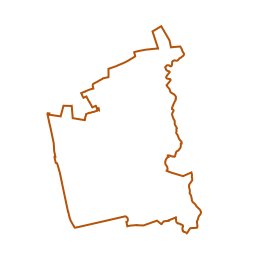 outline of Balotesti, Ilfov, Romania, rotated 96°
{"feature_id": "2599482B37621113883018", "entity_name": "Balotesti", "entity_type": "district", "adm_level": 2, "iso_a3": "ROU", "parent_name": "Romania", "parent_adm1": "Ilfov", "projection": "albers", "projection_center": [26.074, 44.622], "detail": "fine", "context": "isolated", "style": "outline", "palette": "amber", "viewbox_px": 256, "rotation_deg": 96, "n_neighbors": 0, "source": "geoboundaries", "source_scale": "gbopen_adm2", "svg_char_len": 5445}
<svg xmlns="http://www.w3.org/2000/svg" viewBox="0 0 256 256"><g transform="rotate(96 128 128)"><path d="M232.7,170.5L232.6,170.0L231.5,166.5L216.1,121.4L216.7,120.1L217.4,119.2L218.8,118.6L219.5,118.5L220.2,118.6L221.3,119.0L221.6,119.4L221.7,119.8L222.1,119.7L222.3,119.5L225.8,118.4L225.0,116.2L223.6,109.2L223.8,109.2L223.3,102.4L217.1,89.5L220.1,84.9L219.9,84.5L219.6,84.2L219.0,84.0L217.2,82.8L216.7,81.1L216.4,79.9L216.4,79.2L216.2,78.5L216.0,77.7L215.5,77.9L215.2,77.2L214.9,76.6L213.2,73.4L212.2,71.4L211.9,71.1L212.0,71.0L212.0,70.9L212.6,71.0L213.4,70.8L214.3,70.7L216.0,70.2L216.9,69.8L217.2,69.3L217.3,68.7L217.5,68.3L217.7,68.2L217.6,67.9L217.8,66.8L218.1,65.8L218.4,65.6L218.5,65.4L218.5,65.2L218.4,65.1L218.4,64.9L218.6,64.2L219.0,63.4L219.7,63.0L220.1,63.0L220.9,63.1L221.1,63.4L221.8,63.4L222.1,63.3L222.6,63.4L223.7,63.1L224.1,62.6L224.3,62.5L224.7,62.7L225.1,62.1L225.6,61.3L225.5,60.7L226.0,59.2L226.0,58.8L226.1,58.4L226.3,58.3L225.9,58.0L221.5,55.9L221.2,55.5L221.0,54.7L220.9,54.2L220.7,54.0L220.7,53.9L220.7,52.8L220.5,52.0L220.5,51.4L220.1,50.0L220.1,49.6L220.0,49.0L219.7,48.8L219.0,48.8L218.8,48.8L218.5,48.7L218.1,48.7L214.9,49.5L214.0,49.7L213.5,49.6L211.6,48.9L210.9,48.8L210.6,48.8L209.3,48.6L208.1,48.2L206.9,47.4L206.3,47.0L205.4,46.7L204.4,46.6L203.8,46.6L202.9,47.2L202.1,47.6L201.2,48.5L200.5,49.5L198.6,51.8L197.5,52.6L196.6,53.5L195.7,54.7L195.3,55.3L194.7,56.0L194.2,56.4L193.5,56.8L193.2,56.9L192.3,57.1L191.5,57.3L189.3,58.0L187.9,58.7L186.5,59.9L184.9,59.8L184.2,59.9L182.5,60.3L181.8,60.6L181.1,60.9L180.4,61.1L179.7,61.2L178.8,61.3L178.0,61.2L177.1,60.8L176.0,60.1L175.0,59.6L173.4,58.7L172.7,58.7L171.4,58.9L170.1,59.4L168.7,59.5L168.2,59.4L167.2,59.7L165.6,60.3L169.7,67.5L170.1,68.3L168.5,76.8L168.3,77.6L168.1,79.2L167.3,82.3L167.1,83.2L166.9,83.4L166.8,84.3L166.7,84.4L166.5,85.1L165.8,84.8L165.0,84.4L164.2,84.4L162.8,84.9L162.5,85.0L160.4,86.7L160.1,86.9L159.3,87.2L158.0,87.5L157.3,87.4L155.5,87.0L154.0,86.3L153.0,85.6L152.7,84.8L151.2,85.6L151.0,85.1L151.1,84.5L151.0,83.7L151.3,82.8L151.7,80.9L151.6,80.6L151.6,80.1L151.8,79.2L151.8,78.9L151.6,78.6L151.0,78.3L149.7,78.1L149.0,78.0L148.6,77.8L147.8,77.8L147.6,77.8L146.6,77.4L146.1,77.1L145.9,76.8L145.4,75.9L145.2,75.8L144.7,75.3L142.0,73.7L141.5,73.7L140.1,73.6L138.0,73.9L137.8,73.0L137.1,73.1L136.2,73.3L135.9,73.5L134.7,74.9L134.0,75.6L133.8,75.7L133.6,75.9L132.9,76.4L130.1,77.8L129.7,78.1L129.3,78.5L128.8,79.0L128.0,79.4L127.7,79.6L127.4,79.6L126.1,79.4L125.6,79.4L124.3,79.7L124.2,79.8L123.2,79.6L123.0,79.4L122.2,79.9L122.0,80.0L121.6,80.4L120.8,80.9L120.2,81.4L119.6,81.7L119.1,81.9L118.3,82.1L117.3,82.1L116.3,82.3L115.9,82.4L115.1,82.9L115.0,83.1L114.2,83.7L112.8,84.4L110.8,85.3L109.8,85.6L109.3,85.7L108.7,85.5L107.9,85.2L107.3,84.9L106.5,84.6L106.1,84.5L105.6,84.6L105.2,84.9L104.8,85.7L104.6,86.2L104.3,86.3L103.2,86.2L101.9,85.9L100.8,85.5L100.0,85.4L98.8,85.0L98.4,84.8L96.3,84.1L95.7,83.7L95.3,83.6L95.1,83.5L94.6,83.4L94.3,83.5L94.0,83.5L93.9,83.7L93.1,83.5L92.4,83.5L91.8,83.7L90.8,84.5L89.9,85.5L89.4,86.4L88.4,88.7L88.0,89.3L87.3,89.9L86.5,90.2L85.5,90.5L84.8,90.9L82.6,93.3L81.4,94.1L81.2,93.9L81.0,93.6L80.9,93.6L80.3,93.4L79.1,92.5L77.6,91.6L77.0,91.2L76.3,90.8L75.9,90.7L75.6,90.7L75.3,90.8L74.9,91.4L74.9,92.3L74.9,93.4L74.7,94.5L74.2,95.1L73.9,95.3L73.5,95.4L73.4,95.4L71.7,94.7L69.6,93.3L68.3,92.4L67.9,92.4L67.6,92.6L67.4,93.0L67.3,93.5L67.2,94.2L66.8,95.0L66.7,95.5L66.5,95.8L66.4,95.9L65.9,96.3L65.4,96.5L64.9,96.7L63.8,97.4L63.7,97.3L62.2,96.4L61.8,96.1L61.5,95.4L61.4,94.8L61.4,93.6L61.7,93.2L62.0,92.9L62.1,92.6L62.2,92.1L62.1,91.5L61.8,91.2L61.5,91.1L60.2,90.9L58.9,90.9L57.7,91.0L57.4,90.9L56.8,90.5L56.6,90.2L56.0,89.3L55.9,89.1L56.0,87.1L55.9,86.4L55.8,86.0L55.7,85.8L54.7,84.9L54.4,84.7L53.8,84.4L53.3,84.0L52.9,83.4L52.7,83.0L52.3,82.6L51.0,81.3L50.6,80.8L50.1,80.4L49.7,80.2L49.4,80.1L48.8,80.0L48.3,80.2L47.8,80.4L45.9,81.9L44.1,82.7L43.5,83.1L42.9,83.6L41.8,84.3L41.5,84.6L42.7,91.2L42.8,91.2L43.1,92.9L43.3,93.7L36.5,95.9L23.3,105.6L29.4,113.7L45.3,106.6L45.5,106.5L45.6,106.4L45.9,106.4L45.9,107.1L46.6,110.8L48.3,118.7L50.1,124.7L51.8,129.7L52.0,129.8L55.8,128.3L56.0,128.3L57.8,130.6L59.6,133.1L60.8,134.6L62.2,136.6L64.0,139.5L66.6,144.3L67.4,145.7L67.7,146.1L71.2,153.6L79.3,152.7L79.5,152.8L81.3,158.3L81.7,158.4L84.3,162.2L85.0,163.0L87.1,166.3L88.1,167.4L88.5,167.5L89.2,167.6L90.0,167.4L92.4,166.6L93.7,170.0L96.2,174.6L96.4,174.5L96.5,174.6L96.5,175.1L98.2,178.2L101.9,176.0L102.6,175.5L101.0,172.7L105.8,169.5L105.9,169.2L111.2,165.6L110.6,164.7L110.2,163.9L109.5,162.7L109.3,162.5L109.3,162.3L111.7,161.0L111.2,160.1L111.3,159.9L111.6,159.8L111.5,159.4L111.5,159.2L113.2,158.7L113.4,158.7L113.1,159.3L113.7,160.8L114.2,160.7L114.7,162.0L115.6,163.8L115.7,164.4L116.0,165.4L116.6,166.5L116.9,167.1L116.9,167.7L117.1,168.5L117.3,168.8L118.0,170.1L118.6,171.1L118.8,171.0L120.0,171.2L120.7,171.3L121.1,171.4L121.1,171.5L122.6,171.7L123.1,171.8L123.1,171.7L124.7,171.8L124.0,184.0L112.3,186.2L111.9,186.3L112.0,186.5L112.6,194.5L123.5,196.2L123.0,207.7L121.7,207.7L121.7,208.4L121.7,209.1L123.1,208.7L123.0,209.4L132.0,206.5L135.6,205.2L150.8,200.3L152.8,200.0L154.6,199.6L157.9,199.2L164.4,197.2L164.6,198.1L165.0,198.0L170.2,196.2L170.3,195.5L170.4,195.1L170.7,194.8L172.7,193.9L179.9,191.0L189.0,188.1L191.6,187.3L217.5,178.9L217.5,178.7L222.2,177.1L223.1,176.8L225.0,175.9L226.0,175.4L226.9,174.8L228.6,173.6L232.7,170.5Z" fill="none" stroke="#b45309" stroke-width="2"/></g></svg>